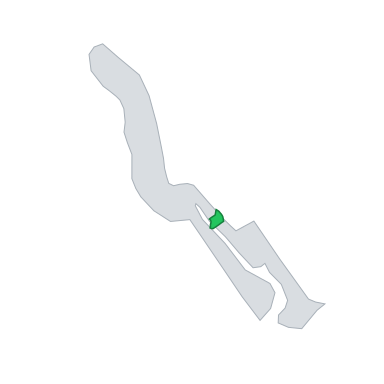 Kiang East, Lower River, Gambia shown in context, rotated 235°
{"feature_id": "56634734B11412565261125", "entity_name": "Kiang East", "entity_type": "district", "adm_level": 2, "iso_a3": "GMB", "parent_name": "Gambia", "parent_adm1": "Lower River", "projection": "orthographic", "projection_center": [-15.639, 13.417], "detail": "fine", "context": "in_parent", "style": "filled", "palette": "green", "viewbox_px": 384, "rotation_deg": 235, "n_neighbors": 0, "source": "geoboundaries", "source_scale": "gbopen_adm2", "svg_char_len": 2153}
<svg xmlns="http://www.w3.org/2000/svg" viewBox="0 0 384 384"><g transform="rotate(235 192 192)"><path d="M47.8,174.1L77.4,173.0L113.2,173.6L152.2,174.2L170.6,174.4L180.2,157.5L198.5,150.0L217.3,147.3L227.1,148.0L237.4,150.4L257.2,164.3L269.6,167.4L280.0,170.6L287.5,177.3L299.4,184.0L308.7,185.7L314.2,184.7L323.4,182.0L329.5,179.9L349.2,178.9L363.8,186.6L366.9,195.0L364.6,203.8L345.1,208.6L318.0,216.0L295.6,212.1L268.4,202.3L252.4,195.3L245.8,192.4L235.8,187.9L227.1,183.1L218.8,179.9L212.4,177.9L207.7,180.5L205.3,186.5L201.5,193.2L196.6,197.2L173.8,199.6L153.3,202.1L142.3,204.1L135.0,205.7L132.7,226.0L109.4,225.7L86.6,225.4L63.0,225.7L37.5,226.0L31.0,230.1L24.1,236.7L23.4,226.6L17.1,203.5L25.8,193.4L35.3,187.5L41.6,192.3L43.5,201.7L48.4,208.2L65.1,212.2L81.6,209.4L91.7,210.8L91.4,205.5L94.9,198.6L114.9,195.7L136.2,193.7L158.0,189.5L175.0,189.7L180.2,188.5L178.9,186.8L163.6,184.8L130.9,189.6L97.6,190.9L72.3,203.4L61.9,202.2L51.5,189.6L47.8,174.1Z" fill="#d9dde1" stroke="#a8b0b8" stroke-width="1"/><path d="M159.9,190.7L159.5,190.8L159.3,190.9L159.2,190.9L158.9,190.9L158.7,191.0L158.3,191.0L158.1,191.0L158.0,190.9L157.8,190.9L157.6,190.8L157.3,190.8L157.1,190.7L156.9,190.6L156.7,190.5L156.6,190.4L156.3,190.2L156.2,190.1L155.9,189.8L155.5,189.5L155.5,189.3L155.3,189.2L155.1,188.9L154.9,188.8L154.7,188.6L154.7,188.4L154.3,188.1L154.1,188.0L154.0,187.8L153.8,187.7L153.4,187.3L153.2,187.3L153.2,187.1L153.0,186.9L152.9,186.9L152.7,186.8L152.4,186.6L152.3,186.4L152.2,186.2L152.0,186.3L151.4,186.6L151.0,186.9L150.6,187.3L150.4,187.7L150.1,188.0L149.9,188.4L149.9,188.5L149.8,191.4L149.8,191.5L149.8,193.5L149.8,193.9L149.8,194.2L149.8,195.0L149.8,195.5L149.9,197.6L149.9,198.7L149.9,199.9L149.9,200.2L149.8,201.0L150.8,201.5L151.9,202.1L153.0,202.6L153.4,202.7L153.7,202.9L154.3,203.1L154.9,203.2L155.0,203.2L156.4,203.3L157.1,203.3L157.3,203.3L158.8,203.1L159.2,203.1L160.3,203.0L160.8,202.8L161.0,202.9L161.3,202.7L161.5,202.7L162.2,202.4L162.3,202.4L163.8,201.7L161.5,199.4L159.9,197.8L159.9,196.4L159.9,196.0L159.9,195.4L160.0,195.1L160.0,192.2L159.9,190.7L159.9,190.7Z" fill="#22c55e" stroke="#15803d" stroke-width="1.5"/></g></svg>